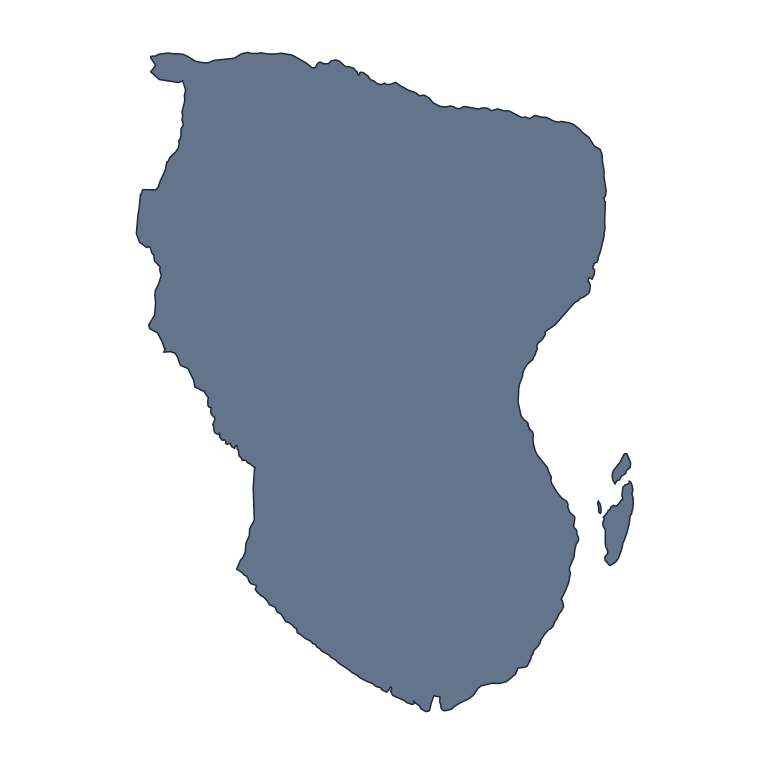 East Malo, Sanma, Vanuatu (Equal Earth projection), rotated 3°
{"feature_id": "77236927B67571127096265", "entity_name": "East Malo", "entity_type": "district", "adm_level": 2, "iso_a3": "VUT", "parent_name": "Vanuatu", "parent_adm1": "Sanma", "projection": "equal_earth", "projection_center": [167.207, -15.69], "detail": "fine", "context": "isolated", "style": "filled", "palette": "slate", "viewbox_px": 768, "rotation_deg": 3, "n_neighbors": 0, "source": "geoboundaries", "source_scale": "gbopen_adm2", "svg_char_len": 6106}
<svg xmlns="http://www.w3.org/2000/svg" viewBox="0 0 768 768"><g transform="rotate(3 384 384)"><path d="M246.5,576.6L252.6,580.0L254.3,582.1L257.0,583.2L259.0,586.4L259.1,587.7L261.6,590.4L266.7,591.7L267.2,592.8L266.1,595.7L267.9,598.1L272.4,602.0L275.0,603.1L279.1,607.1L281.0,610.4L287.2,612.7L287.5,614.3L289.7,617.5L293.1,619.0L298.3,626.4L301.5,627.3L305.4,629.8L307.3,632.0L309.5,633.0L310.4,636.9L313.7,638.6L318.4,642.1L323.9,644.5L326.4,646.8L329.1,647.8L330.7,650.0L334.2,652.2L335.7,654.0L343.0,657.3L345.2,659.7L349.2,661.5L353.7,665.4L361.7,669.9L367.1,673.7L373.2,676.8L374.7,678.3L381.8,681.6L388.3,683.8L392.2,686.7L396.6,687.4L397.5,689.3L402.4,691.5L403.6,691.1L406.3,686.4L406.9,686.3L407.7,688.2L406.6,689.8L406.7,690.7L409.1,694.6L420.7,699.1L423.4,701.0L428.8,702.5L430.3,702.1L430.8,700.6L430.1,699.5L430.5,699.2L432.2,701.1L436.0,703.3L437.8,706.3L443.1,709.0L446.0,708.2L446.7,707.2L447.9,700.0L450.1,692.7L454.4,693.5L456.0,693.2L456.5,694.6L456.1,696.5L456.5,699.2L457.7,702.2L457.8,704.4L459.5,706.4L461.5,707.2L465.9,706.1L468.5,705.1L472.0,701.7L477.1,698.3L485.0,694.0L489.6,690.1L493.9,682.9L496.8,680.4L507.2,677.2L515.1,677.0L522.0,674.7L530.5,666.9L532.7,660.6L539.5,659.6L541.8,658.2L544.8,651.5L545.6,647.4L546.6,646.3L547.5,642.4L551.4,638.0L553.3,634.6L554.1,631.5L557.4,625.6L561.2,620.8L563.4,619.5L565.5,617.1L567.2,611.9L568.7,610.0L571.0,604.2L573.1,601.3L575.0,596.9L573.4,590.7L572.1,589.9L574.8,584.1L578.7,573.3L580.0,563.3L578.8,559.4L579.0,557.2L582.8,546.8L583.3,539.1L584.4,533.6L586.1,531.0L586.6,529.1L585.5,525.6L584.2,523.5L584.4,521.5L583.8,519.7L581.9,518.1L580.9,516.0L581.6,507.6L580.2,505.5L576.5,502.6L575.6,501.1L574.0,497.2L573.8,495.8L574.2,495.3L573.3,492.7L572.1,491.2L567.9,489.0L562.8,483.5L556.9,475.0L555.6,471.6L556.1,469.3L555.6,467.3L553.6,464.3L551.5,458.8L540.6,446.7L538.3,442.2L535.9,434.5L535.6,429.7L536.0,427.8L534.9,424.3L533.9,423.0L532.7,422.6L532.3,421.5L531.4,421.8L531.2,419.6L529.7,417.9L530.3,417.4L530.0,416.1L528.3,414.0L526.0,412.7L522.5,408.5L518.9,395.3L518.8,381.2L519.4,377.1L522.0,368.7L522.0,366.0L523.1,362.3L526.1,356.8L531.3,351.8L532.1,349.1L533.3,347.1L534.5,342.6L535.3,341.3L534.6,337.8L536.0,334.6L537.9,333.3L540.9,329.6L540.8,328.9L541.9,327.7L542.7,325.2L542.1,323.4L551.7,316.0L570.2,292.6L573.6,290.7L575.8,287.8L578.0,287.3L581.5,284.7L583.6,282.7L584.6,280.1L584.9,274.5L583.4,271.4L582.6,271.0L582.5,269.0L583.5,266.9L586.3,268.5L588.2,263.5L588.4,259.3L586.3,257.0L586.3,255.8L587.4,254.4L587.3,252.7L590.5,250.9L591.4,248.3L591.1,247.5L593.0,240.9L595.8,226.6L596.1,223.8L595.8,222.9L596.6,216.8L595.9,211.5L595.5,190.5L594.6,189.5L594.1,186.0L595.0,185.3L595.4,183.8L595.8,179.7L592.9,165.6L592.6,158.9L590.7,151.3L589.6,142.7L587.4,138.3L581.3,135.1L575.8,127.0L568.4,122.0L566.3,119.5L559.6,114.8L555.3,113.4L547.0,112.5L544.7,113.5L539.9,112.6L532.4,109.3L526.7,109.2L521.7,107.9L520.0,108.3L515.5,111.4L511.5,110.0L507.5,110.7L494.8,104.8L489.0,104.8L483.1,103.3L477.2,105.5L473.3,103.4L470.6,103.0L466.8,103.3L464.6,104.5L450.5,102.7L448.3,103.1L445.3,105.2L441.5,104.8L438.8,103.4L435.9,102.9L431.1,104.0L425.5,103.9L418.5,100.7L413.9,95.9L411.3,94.4L408.5,93.5L404.1,94.3L400.5,91.5L392.9,89.3L383.8,84.8L379.9,82.1L374.2,84.6L370.4,84.7L368.9,83.5L365.5,85.2L361.5,84.4L358.4,82.1L355.1,80.9L353.2,79.3L352.2,77.5L347.0,74.1L344.2,73.9L343.6,74.4L343.3,76.6L341.7,76.5L341.0,73.8L339.1,72.4L337.2,70.2L332.5,69.0L328.6,68.9L322.7,64.0L319.3,62.9L314.3,64.1L311.9,66.9L307.4,67.4L303.2,65.8L301.3,66.9L298.6,71.8L295.8,72.0L289.2,67.3L275.0,60.3L264.1,59.0L258.5,60.1L250.7,60.5L244.3,59.7L239.8,60.6L233.8,60.8L230.6,60.0L224.4,61.7L217.5,66.5L197.4,69.7L191.6,72.4L186.1,72.6L178.9,71.5L169.9,66.7L166.1,65.3L161.7,65.0L156.6,65.3L151.2,64.7L141.7,66.5L138.0,68.8L136.5,68.5L133.8,69.2L134.0,70.6L139.3,77.7L134.7,84.5L143.7,91.7L163.0,93.7L167.1,91.8L170.5,100.7L169.5,106.7L170.2,110.3L169.8,114.0L168.0,123.1L168.9,126.2L168.4,130.9L170.1,135.7L167.9,139.9L168.3,147.1L167.5,150.0L166.3,151.6L166.9,155.5L166.0,159.6L163.5,163.5L158.4,168.8L156.6,173.3L155.5,173.5L154.4,181.8L149.7,193.5L148.0,199.7L145.6,202.1L132.9,202.5L131.3,207.7L130.8,207.8L130.3,221.1L129.5,227.4L128.8,246.6L132.4,255.1L139.5,259.9L140.7,260.0L141.6,259.1L143.4,259.9L145.1,264.9L147.5,267.8L148.3,273.0L154.4,279.0L153.9,281.4L155.9,287.3L153.5,296.4L150.8,302.4L150.5,307.4L151.7,315.0L151.3,327.2L145.9,337.3L147.2,341.1L155.3,344.9L160.6,354.2L163.1,360.7L163.9,359.4L162.5,363.7L169.0,362.9L173.9,364.2L177.1,369.1L177.8,371.9L179.9,376.1L187.4,378.8L193.9,390.6L195.2,396.8L203.3,400.4L205.0,400.5L205.5,402.3L209.3,406.8L208.8,411.3L209.6,415.4L210.8,416.4L212.6,416.5L212.4,421.7L214.5,424.9L216.4,426.0L216.7,426.9L216.7,429.2L215.1,433.5L216.2,435.5L216.6,439.0L217.6,441.6L220.8,443.1L222.4,441.8L222.9,445.7L224.9,448.4L226.0,448.7L227.4,448.1L228.7,448.6L229.0,451.8L230.4,452.4L233.5,451.4L235.5,454.8L238.1,456.1L238.9,453.7L240.4,453.2L240.7,456.5L241.9,457.3L243.0,463.5L245.0,464.9L246.5,467.8L249.5,467.2L252.3,470.0L254.8,471.0L259.6,474.5L259.1,475.6L258.8,494.7L261.6,526.7L257.4,535.6L257.4,542.8L254.5,550.0L254.2,559.4L251.7,565.5L250.0,567.2L246.5,576.6ZM611.1,507.3L609.8,510.5L610.1,514.2L612.7,518.2L613.2,531.2L613.9,534.6L616.0,539.0L616.2,541.2L615.8,542.4L613.6,545.1L613.9,548.3L618.5,553.2L619.4,553.4L624.7,549.6L627.2,545.8L630.2,535.8L631.1,529.2L631.9,528.3L634.2,520.5L636.1,511.5L636.7,502.6L637.9,501.1L639.0,494.7L639.2,490.1L638.7,484.6L637.4,481.3L638.0,476.8L637.0,472.2L635.4,468.8L634.0,468.2L633.8,470.6L630.2,472.1L627.9,474.7L627.4,483.4L628.4,485.7L628.4,486.9L627.3,487.2L624.8,491.2L622.3,493.9L619.4,493.3L617.1,494.9L616.1,497.7L614.6,498.5L613.8,500.6L610.0,505.6L611.1,507.3ZM619.9,471.7L621.8,468.2L624.2,467.5L625.9,463.7L629.9,460.8L630.7,457.6L634.3,454.5L634.4,449.8L630.1,440.8L627.6,441.3L623.5,450.3L617.5,458.6L616.6,462.5L617.4,467.7L619.9,471.7ZM604.2,489.7L603.6,492.0L605.0,496.9L604.8,498.4L605.4,501.1L606.7,501.9L607.4,501.1L607.3,497.2L606.1,492.5L604.2,489.7Z" fill="#64748b" stroke="#1e293b" stroke-width="1.5"/></g></svg>